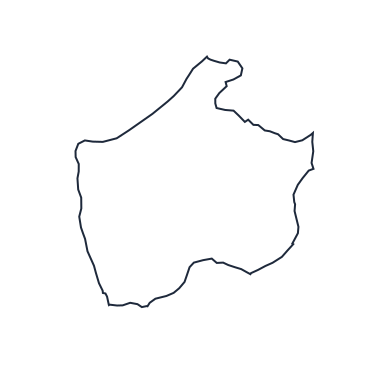 Troulloi, Larnaca, Cyprus (Robinson projection), rotated 145°
{"feature_id": "46923920B28470702945457", "entity_name": "Troulloi", "entity_type": "district", "adm_level": 2, "iso_a3": "CYP", "parent_name": "Cyprus", "parent_adm1": "Larnaca", "projection": "robinson", "projection_center": [33.619, 35.026], "detail": "fine", "context": "isolated", "style": "outline", "palette": "slate", "viewbox_px": 384, "rotation_deg": 145, "n_neighbors": 0, "source": "geoboundaries", "source_scale": "gbopen_adm2", "svg_char_len": 1594}
<svg xmlns="http://www.w3.org/2000/svg" viewBox="0 0 384 384"><g transform="rotate(145 192 192)"><path d="M102.1,294.3L108.9,293.3L120.4,292.4L127.6,289.4L131.6,287.8L140.1,283.5L151.8,281.1L160.1,280.1L179.6,278.7L192.7,278.7L208.6,278.7L222.9,279.2L236.3,284.2L244.4,290.2L250.2,295.7L256.7,296.6L257.5,296.7L263.9,292.4L267.3,287.3L268.7,279.9L273.1,273.7L278.0,268.9L283.8,259.3L286.0,250.9L292.1,242.0L298.5,236.5L303.3,226.6L305.0,220.6L306.5,214.9L311.6,203.4L314.6,187.8L317.1,180.9L320.5,170.7L321.8,162.4L322.9,160.4L321.1,158.5L321.6,155.0L324.8,147.4L324.9,147.0L324.6,147.0L324.0,146.9L318.5,142.0L313.8,138.9L306.2,136.7L301.0,131.4L299.1,126.5L294.5,124.5L294.0,123.9L290.2,125.5L283.2,125.6L272.6,121.5L264.9,119.9L257.7,120.5L249.7,122.6L243.9,126.8L237.1,131.8L231.0,133.1L222.0,129.8L214.0,126.1L212.4,119.7L207.0,116.3L204.2,111.4L200.0,105.8L195.9,100.6L193.2,95.0L191.3,91.2L190.2,91.7L182.6,90.3L174.3,89.3L166.6,87.8L155.6,87.3L147.4,89.3L139.0,91.2L139.4,92.2L128.9,97.5L124.8,102.4L118.9,117.6L114.6,122.8L114.0,125.1L110.4,131.6L101.2,137.2L93.5,139.9L84.1,142.6L79.2,141.3L77.4,147.2L69.3,155.8L64.7,164.1L59.1,171.0L62.0,170.7L72.0,171.1L79.0,173.8L83.1,178.7L87.0,183.1L88.4,190.0L90.4,192.6L93.4,197.1L97.1,200.7L99.3,208.8L103.2,211.8L104.5,219.0L108.5,219.1L109.9,227.9L111.3,234.8L117.8,240.2L123.7,246.7L122.1,251.2L119.4,255.1L112.8,257.4L102.9,258.8L101.4,262.8L93.5,260.4L85.1,259.5L79.8,264.4L79.7,272.6L85.3,278.8L90.4,277.9L95.0,282.2L98.7,286.8L101.0,289.9L102.2,292.2L102.2,293.4L102.1,294.3Z" fill="none" stroke="#1e293b" stroke-width="2"/></g></svg>